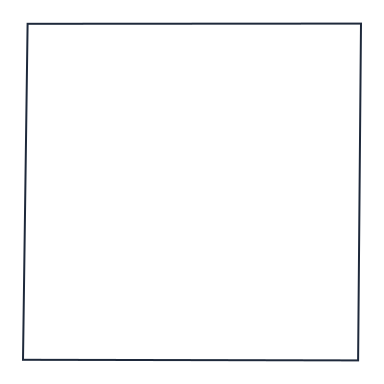 Trego, Kansas, United States of America
{"feature_id": "52423323B86059367536746", "entity_name": "Trego", "entity_type": "district", "adm_level": 2, "iso_a3": "USA", "parent_name": "United States of America", "parent_adm1": "Kansas", "projection": "orthographic", "projection_center": [-99.874, 38.915], "detail": "fine", "context": "isolated", "style": "outline", "palette": "slate", "viewbox_px": 384, "rotation_deg": 0, "n_neighbors": 0, "source": "geoboundaries", "source_scale": "gbopen_adm2", "svg_char_len": 192}
<svg xmlns="http://www.w3.org/2000/svg" viewBox="0 0 384 384"><path d="M27.6,23.8L23.0,359.8L358.1,360.4L361.0,23.6L352.9,23.6L27.6,23.8Z" fill="none" stroke="#1e293b" stroke-width="2"/></svg>